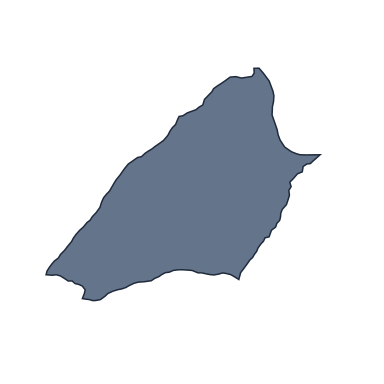 outline of Nantes, São Paulo, Brazil, rotated 202°
{"feature_id": "56859067B3251407102794", "entity_name": "Nantes", "entity_type": "district", "adm_level": 2, "iso_a3": "BRA", "parent_name": "Brazil", "parent_adm1": "São Paulo", "projection": "mercator", "projection_center": [-51.197, -22.601], "detail": "fine", "context": "isolated", "style": "filled", "palette": "slate", "viewbox_px": 384, "rotation_deg": 202, "n_neighbors": 0, "source": "geoboundaries", "source_scale": "gbopen_adm2", "svg_char_len": 2140}
<svg xmlns="http://www.w3.org/2000/svg" viewBox="0 0 384 384"><g transform="rotate(202 192 192)"><path d="M296.3,60.6L290.3,62.5L286.9,64.4L282.6,64.9L277.1,63.9L273.4,63.1L269.8,64.6L266.1,63.3L262.2,63.9L258.5,63.7L254.4,61.3L253.8,57.4L253.7,52.1L250.2,52.9L246.9,53.8L243.3,54.1L240.5,55.4L236.6,57.9L233.7,62.6L232.0,66.3L228.2,70.4L224.1,73.7L221.0,75.7L217.6,78.6L215.3,81.6L211.5,85.7L208.0,88.3L202.3,91.1L196.5,94.5L194.1,98.1L191.2,100.9L188.9,104.4L186.4,107.3L183.1,109.1L179.9,112.3L175.8,114.6L171.8,116.3L167.0,117.9L162.5,119.3L159.4,119.3L156.1,119.3L152.6,120.7L148.3,121.4L144.2,122.2L140.6,123.3L136.3,126.0L133.5,128.3L130.2,129.2L125.0,129.9L120.1,129.2L115.8,128.4L116.7,135.4L115.4,140.1L113.9,146.1L112.8,150.8L111.3,153.8L110.8,157.5L109.8,161.1L109.8,165.0L108.6,169.8L107.3,173.1L107.1,176.9L103.7,179.3L104.0,186.3L101.3,190.9L101.6,194.6L100.1,198.5L100.6,202.1L101.7,205.5L101.8,209.7L99.7,215.6L100.0,220.4L100.4,225.4L102.8,229.8L102.1,234.1L105.0,237.7L103.1,242.3L101.0,248.4L97.3,252.0L98.5,257.3L96.0,261.0L92.9,262.7L91.4,266.0L89.3,270.2L87.2,274.5L100.1,269.1L105.8,267.0L109.8,266.6L114.9,266.6L118.9,267.5L122.9,268.4L129.7,273.1L133.5,277.2L136.4,281.7L146.6,293.4L149.4,301.3L150.2,306.1L152.1,311.9L154.7,315.8L162.0,323.8L170.2,328.8L176.2,331.9L180.9,329.9L178.9,325.6L179.7,321.6L184.6,318.7L188.8,316.2L194.6,315.4L199.7,312.8L202.7,307.9L205.4,303.8L208.0,300.2L210.7,295.9L211.1,292.4L212.9,288.0L215.1,282.6L214.6,276.8L217.4,273.1L219.2,269.7L221.9,267.3L225.9,263.7L229.0,259.3L232.3,257.2L232.5,253.5L232.5,248.5L234.3,244.3L235.2,240.3L235.6,235.5L237.7,229.2L240.1,225.3L243.2,220.6L245.4,216.7L247.8,213.6L249.9,210.5L252.1,205.8L255.3,203.7L257.1,201.0L258.9,198.1L261.5,194.2L263.0,189.5L264.0,185.5L265.1,180.7L266.8,175.3L267.5,171.5L268.3,165.8L268.8,162.0L270.4,158.2L271.8,153.6L272.0,148.7L271.6,143.3L273.0,137.4L275.2,131.7L275.9,127.7L277.9,124.4L279.6,118.9L281.8,114.4L283.6,109.4L284.7,104.9L285.1,100.9L286.9,95.3L288.3,90.2L290.5,85.0L291.2,80.7L293.7,76.5L294.8,73.3L296.0,68.8L296.8,64.4L296.3,60.6Z" fill="#64748b" stroke="#1e293b" stroke-width="1.5"/></g></svg>